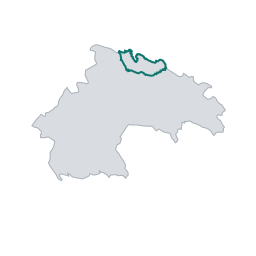 Mandiana, Mandiana, Guinea shown in context, rotated 304°
{"feature_id": "49546643B67473886511689", "entity_name": "Mandiana", "entity_type": "district", "adm_level": 2, "iso_a3": "GIN", "parent_name": "Guinea", "parent_adm1": "Mandiana", "projection": "equal_earth", "projection_center": [-8.547, 10.818], "detail": "medium", "context": "in_parent", "style": "outline", "palette": "teal", "viewbox_px": 256, "rotation_deg": 304, "n_neighbors": 0, "source": "geoboundaries", "source_scale": "gbopen_adm2", "svg_char_len": 5339}
<svg xmlns="http://www.w3.org/2000/svg" viewBox="0 0 256 256"><g transform="rotate(304 128 128)"><path d="M151.7,171.2L150.0,170.9L149.2,171.3L147.0,174.9L145.6,176.3L143.5,175.8L142.8,176.1L142.2,175.7L143.0,173.7L144.1,169.9L146.8,166.0L146.9,165.2L145.8,162.9L144.6,159.8L144.6,156.5L144.4,154.1L141.9,153.5L141.5,153.1L141.4,152.3L142.8,148.1L142.9,147.3L142.7,146.6L141.2,144.4L138.9,140.6L134.9,132.5L133.4,130.8L132.0,128.4L131.4,126.8L129.9,126.3L115.9,126.4L115.6,128.5L110.8,129.9L107.8,128.3L104.5,129.2L102.8,130.3L101.6,134.9L100.9,136.0L100.1,138.0L99.5,139.2L98.7,141.5L97.2,144.8L95.5,146.9L92.7,148.1L91.8,151.5L91.1,152.8L90.0,153.8L88.9,154.5L86.5,153.8L85.3,154.4L85.0,153.6L85.8,150.8L85.2,149.4L83.0,146.6L82.8,145.2L82.1,143.4L79.2,139.8L76.5,140.0L77.3,136.9L77.3,132.8L76.4,130.6L76.6,128.3L76.1,128.5L75.2,130.0L73.7,129.5L70.8,127.1L69.3,124.8L69.2,122.8L68.8,122.0L67.9,122.4L66.1,122.4L60.4,118.8L56.5,109.9L56.4,107.8L57.0,104.4L56.9,103.4L55.0,105.7L54.7,104.2L53.3,100.6L52.9,98.5L51.5,97.6L50.4,97.5L49.6,98.1L48.5,102.3L47.6,102.3L46.8,101.4L47.0,98.3L49.2,94.4L52.9,84.5L54.2,82.2L55.0,81.4L56.8,81.4L60.1,80.0L64.3,77.0L67.4,77.2L71.1,76.8L76.0,74.7L76.1,68.1L75.9,66.6L74.2,65.3L73.2,64.1L72.4,62.7L71.3,61.6L71.4,60.5L73.5,59.1L75.5,59.1L76.2,58.6L76.7,57.6L77.2,55.3L77.5,52.7L76.2,49.4L76.3,47.0L83.4,47.3L87.3,48.0L90.5,48.2L91.0,48.7L90.5,51.0L90.9,52.4L92.0,52.8L93.8,51.2L94.7,51.5L96.7,53.5L98.5,54.1L100.6,55.2L102.5,55.8L104.2,55.7L105.4,56.8L107.8,57.2L110.9,55.8L113.3,55.1L116.7,55.0L118.4,55.4L123.6,54.3L127.6,54.9L127.0,55.7L125.1,61.0L125.3,62.0L129.4,66.4L130.4,66.8L131.5,66.2L133.3,64.1L134.7,61.8L136.1,60.8L137.6,60.8L138.9,62.4L141.8,69.1L142.5,69.9L143.2,69.9L144.5,68.6L145.2,67.2L147.9,62.8L152.1,60.6L162.1,65.6L163.5,66.0L164.4,65.6L165.6,62.7L169.4,60.1L171.2,59.4L172.2,59.3L172.6,58.5L172.8,57.3L172.6,56.1L171.5,53.8L171.4,53.2L172.1,52.7L173.5,52.4L175.4,52.6L177.5,53.6L179.2,55.0L180.1,56.7L182.0,63.7L184.1,69.2L184.0,76.6L185.0,77.3L186.0,77.6L186.5,78.2L187.5,81.3L188.4,82.1L189.6,82.3L191.8,84.3L193.1,85.1L193.3,85.7L193.3,86.5L192.8,87.5L190.7,89.5L189.6,91.3L187.5,95.5L187.4,96.2L187.9,96.8L188.8,96.9L189.7,96.6L191.7,95.1L193.2,95.6L194.7,96.8L195.2,98.0L195.4,99.6L195.0,101.6L195.0,103.9L195.5,107.9L196.3,111.8L197.0,113.2L202.0,116.6L202.5,117.9L202.7,119.4L202.3,121.4L201.8,122.5L199.1,125.5L198.7,127.0L198.9,129.7L199.1,141.2L200.2,143.1L201.5,144.1L204.4,143.5L204.4,146.7L204.0,150.3L205.7,151.4L206.6,152.5L207.1,153.5L204.3,155.4L203.5,156.5L203.2,159.5L203.2,162.2L206.9,164.2L208.4,166.5L209.0,168.9L209.2,173.4L208.9,174.5L207.9,174.5L206.1,171.7L203.2,171.4L201.1,170.9L197.5,171.3L196.9,172.1L196.5,178.1L197.4,179.1L199.1,180.3L200.2,180.7L201.1,180.6L201.8,181.4L202.0,183.3L201.5,184.8L200.5,186.1L199.4,189.6L199.6,192.8L197.6,197.9L197.0,198.9L194.4,197.9L192.7,197.5L191.4,198.8L189.7,196.8L189.4,195.3L188.7,195.0L187.6,194.9L186.5,195.8L186.0,197.4L185.8,200.7L183.9,203.8L182.5,207.6L180.9,207.3L180.6,207.7L178.9,208.7L177.4,209.0L177.1,208.0L176.2,207.2L175.3,205.5L174.2,204.2L172.2,203.3L171.4,203.7L170.4,203.6L169.8,203.1L169.9,202.3L170.9,200.3L171.6,198.4L171.9,196.4L171.9,194.5L171.3,191.8L170.4,189.6L170.2,188.4L170.3,186.6L170.1,185.0L169.8,184.1L169.4,181.0L168.8,180.4L168.5,177.9L168.6,175.4L167.8,174.4L166.6,173.7L165.8,172.7L165.4,171.6L164.9,171.2L164.6,171.3L164.2,172.0L163.8,172.2L163.1,169.8L162.8,169.7L162.3,170.2L156.5,172.9L155.8,170.6L154.7,170.2L152.8,171.1L151.7,171.2Z" fill="#d9dde1" stroke="#a8b0b8" stroke-width="1"/><path d="M199.1,126.2L199.8,124.8L201.1,124.0L201.8,123.3L202.6,120.9L203.2,120.0L203.3,119.0L203.0,117.4L202.8,116.9L202.2,116.1L200.1,115.6L199.6,114.5L199.5,113.7L199.0,113.7L198.3,114.3L197.2,114.0L196.7,112.4L196.4,112.0L196.4,111.3L196.0,110.7L196.1,109.0L195.8,108.6L195.7,107.9L195.5,107.3L195.6,105.7L195.4,104.9L195.6,103.9L194.9,103.6L195.4,101.8L195.9,101.4L196.1,100.9L196.0,98.7L195.7,97.4L195.8,96.7L195.0,95.1L194.5,94.5L193.7,94.3L193.2,94.7L192.7,94.4L191.7,94.5L191.0,95.6L190.8,97.3L190.3,97.2L189.1,98.0L188.4,97.5L187.6,98.0L187.2,97.8L187.1,96.3L187.8,95.5L187.9,94.6L188.5,93.9L188.4,93.0L188.7,92.7L189.3,92.8L189.5,92.4L189.7,91.9L189.5,91.0L189.6,90.5L191.4,89.9L191.1,88.7L191.4,88.0L191.8,87.9L192.8,88.5L193.4,88.4L193.8,88.2L194.1,87.1L194.0,86.9L193.3,87.0L192.8,86.7L193.1,85.8L193.8,85.6L193.7,85.4L193.4,85.2L192.1,85.2L191.1,84.7L190.9,84.1L190.5,83.6L190.7,83.4L190.4,82.4L189.7,82.9L189.4,83.4L189.0,83.0L188.6,83.1L187.7,81.7L187.3,79.8L187.0,79.4L187.0,77.8L186.7,77.7L186.0,77.8L185.3,78.5L185.0,80.1L184.5,81.0L183.5,81.7L182.3,83.1L180.3,84.1L180.7,85.0L179.1,88.1L178.2,89.5L177.8,91.2L175.1,94.3L175.2,94.8L175.9,95.5L176.5,95.4L176.5,95.9L176.0,96.1L175.9,96.5L175.5,96.6L176.1,97.3L176.8,97.4L177.5,98.4L178.6,104.3L179.1,106.0L181.6,107.4L181.9,107.9L182.2,108.8L182.3,110.9L181.9,111.4L181.9,113.0L182.5,113.2L182.8,114.6L184.3,118.0L186.0,119.8L188.0,120.0L188.5,121.3L189.2,121.0L189.8,121.8L190.1,121.8L190.4,121.5L190.7,122.1L191.0,122.1L191.3,122.6L192.0,123.2L192.3,122.9L192.7,123.2L193.2,123.0L193.5,123.6L194.0,123.1L194.3,123.6L195.4,124.1L195.9,124.9L196.3,124.3L196.5,124.5L196.4,125.1L196.6,125.3L197.3,125.2L197.3,125.9L198.0,125.4L198.4,126.1L199.1,126.2Z" fill="none" stroke="#0f766e" stroke-width="2"/></g></svg>